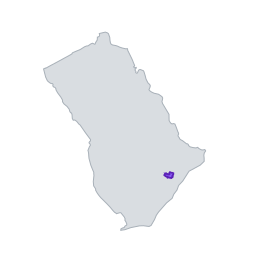 Ayensuano, Eastern, Ghana (highlighted), rotated 332°
{"feature_id": "2480657B11085167902059", "entity_name": "Ayensuano", "entity_type": "district", "adm_level": 2, "iso_a3": "GHA", "parent_name": "Ghana", "parent_adm1": "Eastern", "projection": "natural_earth1", "projection_center": [-0.482, 5.946], "detail": "fine", "context": "in_parent", "style": "filled", "palette": "violet", "viewbox_px": 256, "rotation_deg": 332, "n_neighbors": 0, "source": "geoboundaries", "source_scale": "gbopen_adm2", "svg_char_len": 4656}
<svg xmlns="http://www.w3.org/2000/svg" viewBox="0 0 256 256"><g transform="rotate(332 128 128)"><path d="M153.0,32.7L154.6,34.5L155.0,35.6L154.4,39.5L153.2,42.2L152.4,44.8L152.5,46.1L153.3,47.4L155.8,49.4L157.1,50.7L158.6,52.7L160.4,54.6L163.4,57.2L164.7,57.6L164.6,58.3L164.2,59.3L163.9,68.7L163.7,71.2L163.5,72.4L163.2,75.9L162.9,76.4L162.3,76.4L161.8,76.5L161.7,77.2L161.9,77.9L163.7,78.4L163.3,79.0L161.9,79.5L161.3,80.5L161.6,81.7L160.8,82.7L161.1,83.3L161.5,83.8L162.3,83.7L164.4,82.0L165.3,81.8L166.4,82.2L168.5,84.7L168.5,85.9L167.7,90.0L166.9,93.2L166.8,97.5L167.6,99.9L167.5,101.2L166.6,102.3L164.5,104.0L164.6,105.1L165.6,107.2L167.4,109.6L170.8,112.5L172.7,116.2L172.7,117.8L171.6,119.3L170.4,120.6L170.0,122.6L170.6,135.2L167.8,140.7L167.8,142.2L168.1,144.0L168.8,145.1L170.2,145.4L171.3,146.5L170.9,150.4L170.3,154.3L170.2,156.2L169.9,157.1L168.8,157.8L168.4,159.1L168.7,160.6L168.5,161.7L169.1,163.2L170.3,165.0L172.3,169.5L173.1,169.9L173.5,170.8L173.2,171.8L174.0,173.8L176.2,175.8L178.6,177.5L180.5,177.8L180.9,179.3L182.2,181.3L183.1,182.2L184.5,182.8L185.7,183.1L185.8,184.7L183.6,185.9L182.2,187.6L181.1,190.3L179.6,193.2L174.3,194.7L172.3,194.7L161.6,194.8L151.5,200.5L145.7,202.5L142.1,205.8L137.3,208.0L134.0,210.8L127.0,212.2L115.6,216.5L112.1,218.3L108.4,221.3L102.6,224.9L100.3,224.8L95.7,221.5L92.2,219.8L83.8,217.3L77.4,216.3L74.4,215.2L73.6,215.0L74.3,213.8L76.0,213.7L77.9,214.1L79.3,213.2L81.3,213.1L81.9,212.1L82.1,209.7L82.0,207.8L82.8,206.9L82.9,204.6L81.9,199.5L81.2,199.0L77.5,198.2L77.3,197.2L76.6,196.2L75.9,193.6L75.1,189.7L73.8,184.9L71.3,176.9L70.7,174.1L70.3,171.2L70.2,167.8L70.8,166.6L70.7,164.8L70.5,163.0L72.2,159.0L75.6,154.0L76.3,152.3L77.0,151.0L77.1,149.2L77.7,143.5L79.3,136.5L80.4,133.9L81.1,132.4L81.9,130.1L82.1,129.0L85.3,126.3L86.7,125.6L87.0,124.5L86.6,123.3L86.8,122.5L87.5,122.1L88.7,121.8L89.5,120.7L88.2,112.1L87.2,103.5L87.1,102.8L86.5,101.6L85.8,98.0L84.8,96.0L83.3,95.4L83.3,93.4L84.8,90.1L85.2,88.2L84.5,87.6L84.4,86.1L84.9,83.7L84.6,82.2L84.4,80.6L82.8,76.8L82.5,74.1L83.3,72.6L83.2,69.2L82.4,63.9L82.3,60.6L82.8,59.3L82.6,57.9L81.5,56.7L81.4,55.5L82.3,54.3L82.2,53.4L81.0,52.7L80.0,51.1L79.0,48.5L79.2,44.4L81.0,36.9L81.2,36.2L83.3,36.3L83.3,36.6L89.6,36.5L96.8,36.5L105.4,36.4L113.2,36.3L113.5,35.9L114.8,35.5L122.7,36.3L127.7,35.9L129.8,36.1L131.3,36.7L134.7,36.3L136.5,36.5L137.9,38.4L138.5,38.4L139.2,37.6L140.6,36.7L142.0,36.0L143.0,34.5L143.6,33.4L144.5,33.6L145.8,33.5L146.6,32.6L147.0,31.1L153.0,32.7Z" fill="#d9dde1" stroke="#a8b0b8" stroke-width="1"/><path d="M137.8,186.6L137.9,187.0L138.2,187.0L138.5,187.2L138.4,187.9L138.4,188.0L138.5,188.1L138.7,188.3L138.7,188.5L138.8,188.6L139.0,188.5L139.2,188.8L139.3,188.9L139.2,188.9L139.2,189.0L139.3,189.1L139.2,189.1L139.3,189.2L139.3,189.3L139.3,189.2L139.3,189.3L139.5,189.3L139.7,189.5L139.7,189.8L139.6,189.7L139.6,189.8L139.7,190.0L139.8,190.0L139.7,190.1L139.4,190.2L139.4,190.3L139.4,190.5L139.5,190.5L139.8,190.5L139.9,190.4L139.9,190.6L140.1,190.7L140.2,190.8L140.3,190.8L140.4,190.7L140.5,190.8L140.8,190.9L141.0,190.9L141.0,191.0L141.2,191.4L141.3,191.5L141.6,191.5L141.8,191.6L141.8,191.9L141.8,192.0L142.1,192.1L142.6,192.1L142.7,192.5L142.8,192.6L143.0,192.4L143.2,192.2L143.3,192.1L143.4,192.3L143.5,192.4L143.4,192.5L143.5,192.5L143.7,192.4L144.0,192.5L144.0,192.4L144.2,192.2L144.3,192.1L144.5,192.0L144.4,191.9L144.6,191.7L144.9,191.5L145.2,191.3L144.9,190.8L144.9,190.7L145.0,190.7L145.3,190.6L145.5,190.6L145.8,190.5L146.0,190.4L146.0,190.2L146.3,190.2L146.5,190.1L146.6,189.9L146.7,189.7L146.7,189.4L146.8,189.4L146.9,189.2L147.0,189.1L147.1,188.9L147.2,188.7L147.3,188.7L147.2,188.7L147.0,188.8L146.9,188.8L146.7,188.8L146.4,188.8L146.3,188.7L146.2,188.5L146.3,188.4L146.2,188.3L146.1,188.2L145.8,188.1L145.6,188.0L145.5,187.9L145.4,188.0L145.3,187.9L145.3,187.7L145.2,187.5L145.1,187.4L144.9,187.5L144.7,187.4L144.6,187.2L144.5,186.7L144.4,186.5L144.2,186.5L144.1,186.8L143.9,186.9L143.8,187.0L143.7,187.1L143.5,186.9L143.4,186.9L143.3,187.0L143.2,187.5L143.2,187.9L143.2,188.1L143.1,188.3L142.9,188.4L142.7,188.4L142.7,188.5L142.4,188.5L142.2,188.4L142.0,188.0L142.0,187.8L141.9,187.6L141.8,187.4L141.7,187.3L141.6,187.2L141.4,187.0L141.2,187.0L141.1,186.9L140.9,186.8L140.8,186.6L140.7,186.5L140.7,186.3L140.7,186.2L140.6,185.8L140.5,185.7L140.4,185.7L140.2,185.6L140.0,185.8L139.8,185.7L139.6,185.7L139.6,185.8L139.8,185.9L139.9,186.3L139.8,186.2L139.7,186.2L139.6,185.9L139.4,185.8L139.3,185.7L139.3,185.8L139.2,185.9L139.3,186.0L139.2,186.2L138.9,186.2L138.9,186.3L138.7,186.5L138.5,186.4L138.4,186.4L138.2,186.4L138.1,186.6L137.8,186.6Z" fill="#8b5cf6" stroke="#5b21b6" stroke-width="1.5"/></g></svg>